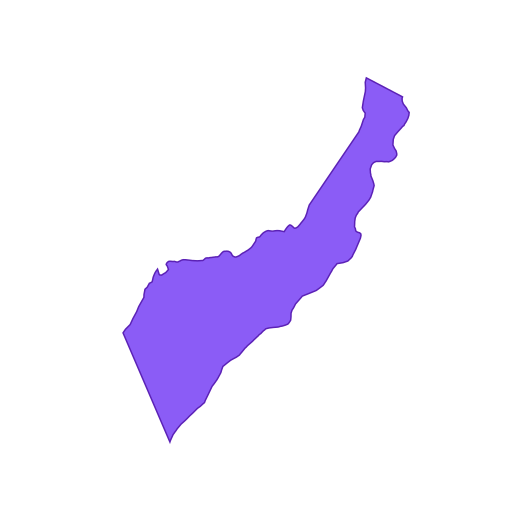 outline of Morne Lezard Estate, Choiseul, Saint Lucia, rotated 198°
{"feature_id": "8701671B19228970825308", "entity_name": "Morne Lezard Estate", "entity_type": "district", "adm_level": 2, "iso_a3": "LCA", "parent_name": "Saint Lucia", "parent_adm1": "Choiseul", "projection": "equal_earth", "projection_center": [-61.026, 13.777], "detail": "fine", "context": "isolated", "style": "filled", "palette": "violet", "viewbox_px": 512, "rotation_deg": 198, "n_neighbors": 0, "source": "geoboundaries", "source_scale": "gbopen_adm2", "svg_char_len": 5535}
<svg xmlns="http://www.w3.org/2000/svg" viewBox="0 0 512 512"><g transform="rotate(198 256 256)"><path d="M163.4,309.6L163.7,309.7L164.7,310.1L166.8,310.0L168.3,310.4L169.0,310.9L170.0,312.8L171.3,314.1L172.1,317.0L172.8,319.4L173.4,322.9L173.2,325.8L172.5,328.1L172.3,329.7L171.8,330.6L169.9,334.6L167.8,338.9L166.4,342.6L165.8,344.2L165.1,347.4L165.1,348.6L165.0,353.1L165.2,355.0L165.4,359.4L166.2,360.9L168.2,363.8L169.8,365.7L171.5,367.7L171.9,368.8L172.9,370.5L173.2,371.3L174.3,374.0L174.2,378.6L173.1,381.0L172.5,381.7L170.9,383.1L168.9,383.7L165.9,384.8L163.1,385.3L160.7,386.2L159.0,386.5L157.9,387.3L156.0,389.0L155.0,390.5L153.8,392.9L153.3,395.5L153.8,396.9L155.2,399.2L157.4,401.0L160.1,403.9L161.5,409.4L161.4,413.3L159.7,417.5L157.3,422.8L156.6,424.6L155.8,425.5L155.5,426.4L155.5,427.4L154.8,429.6L154.4,431.9L154.1,433.8L154.1,437.0L154.7,439.9L156.6,441.1L158.7,443.3L162.9,446.1L164.8,448.5L165.8,451.1L165.8,452.6L206.1,459.5L205.8,455.0L203.7,449.6L202.8,446.1L201.8,436.7L200.7,429.9L199.0,427.6L196.3,425.6L195.4,421.6L196.0,419.0L196.0,411.9L196.5,407.6L196.5,405.9L221.1,321.0L221.1,315.9L221.1,315.6L221.0,314.6L220.9,313.0L220.9,311.7L221.0,310.1L221.0,309.5L221.1,308.2L221.3,307.2L221.7,305.7L222.1,304.6L222.7,303.0L223.4,301.3L224.0,299.5L224.7,297.9L225.2,296.7L226.0,295.7L226.8,294.9L227.6,294.4L228.1,294.4L228.7,294.5L229.4,294.9L231.7,295.9L232.9,296.1L233.6,295.9L234.1,295.2L234.8,294.0L235.3,292.8L236.0,290.7L236.6,288.3L236.7,287.9L237.5,287.8L238.8,287.6L239.8,287.5L240.9,287.4L241.9,287.2L243.0,286.9L243.7,286.7L244.7,286.3L245.8,285.8L246.8,285.3L247.3,285.0L248.1,284.7L249.4,284.4L250.2,284.3L251.0,284.1L252.0,284.0L252.7,283.7L253.7,283.0L254.3,282.5L254.9,281.8L255.7,280.9L256.3,280.1L256.8,279.2L257.3,278.1L257.8,277.1L257.9,276.5L258.4,275.4L259.1,274.8L259.7,274.6L260.5,274.0L261.1,273.4L261.1,271.8L261.0,271.0L260.9,270.4L261.0,269.6L261.4,268.2L261.7,267.1L262.0,266.0L262.3,264.9L262.7,263.6L263.3,262.3L263.9,261.4L264.3,260.7L265.0,259.8L265.6,258.9L266.9,257.5L268.2,255.9L269.1,255.0L269.6,254.6L270.2,253.7L270.7,253.1L271.2,252.3L271.9,251.3L272.7,250.5L273.4,249.9L274.5,249.0L275.0,248.7L276.0,248.5L276.4,248.6L277.1,248.6L278.1,248.9L278.9,249.4L279.4,249.9L280.1,250.6L280.6,251.0L281.2,251.4L282.0,251.7L282.8,251.8L283.7,251.9L285.2,251.6L286.0,251.3L286.4,251.1L287.8,250.6L288.2,250.3L288.8,249.6L289.2,248.9L289.7,247.9L290.1,246.9L290.5,245.9L291.0,244.8L291.3,244.2L292.1,243.4L293.2,243.0L294.1,242.7L295.2,242.1L296.6,241.5L297.5,241.0L298.5,240.6L299.4,240.2L300.7,239.4L301.6,239.2L302.4,238.9L303.1,238.5L303.6,237.9L304.1,236.9L304.4,236.4L304.9,235.6L305.4,235.2L306.6,234.8L307.0,234.6L308.2,234.1L309.2,233.7L310.5,233.2L311.8,232.9L313.1,232.5L313.6,232.4L315.0,232.0L316.6,231.7L318.2,231.4L320.6,230.9L322.1,230.6L323.7,230.1L324.3,229.8L324.9,229.5L325.8,228.8L326.4,228.1L327.2,227.4L328.1,226.5L328.6,226.1L329.3,225.8L330.2,225.7L330.7,225.7L331.6,225.7L332.2,225.6L332.9,225.2L334.5,224.8L335.4,224.7L336.0,224.4L336.5,224.3L337.1,224.1L337.6,223.6L338.0,223.1L338.5,222.1L338.7,221.6L338.8,220.8L338.8,220.2L338.3,219.7L337.8,219.4L337.3,219.0L336.5,218.0L335.1,216.1L335.5,215.1L335.8,214.4L336.4,213.0L336.9,212.1L337.5,211.5L338.1,210.8L338.7,210.1L339.3,209.4L339.9,208.6L340.5,208.5L341.0,208.4L341.6,208.2L342.4,208.5L342.6,208.9L343.5,210.1L345.3,212.7L345.6,213.1L345.9,212.1L346.3,211.0L346.7,209.4L346.9,208.4L347.0,207.3L347.1,206.2L347.2,204.7L347.2,203.8L347.1,202.8L347.0,202.2L346.9,200.6L346.8,199.5L346.9,199.2L347.6,198.4L348.1,197.9L349.0,197.1L349.8,192.7L351.3,190.1L350.6,184.7L349.8,182.0L351.1,175.7L351.9,171.6L352.3,166.1L353.7,158.5L354.5,151.9L357.5,146.0L358.7,141.8L280.4,52.5L280.4,53.8L280.1,56.7L279.8,59.2L279.7,60.4L278.7,63.6L278.4,64.4L278.3,64.7L277.5,67.5L276.0,71.2L275.2,73.2L274.4,74.5L273.0,76.9L272.4,78.0L271.3,80.1L269.7,83.4L267.4,87.5L265.0,92.3L264.2,93.6L263.9,94.0L262.6,95.7L262.2,96.4L261.7,97.3L261.0,98.6L259.8,100.5L259.7,100.8L259.6,103.2L259.5,103.9L259.4,104.4L259.1,106.6L259.0,107.4L258.9,108.0L257.5,118.5L256.8,120.4L256.7,120.7L256.5,121.2L254.9,126.3L254.7,127.3L254.4,128.6L254.2,129.8L253.5,133.6L253.4,134.5L253.5,136.7L253.4,140.8L253.2,141.0L251.2,144.1L250.1,145.8L248.6,148.0L248.0,148.9L246.8,150.2L245.2,151.9L244.8,152.3L243.9,153.2L243.7,153.4L243.2,154.0L241.2,156.6L240.7,158.0L239.9,159.9L238.0,164.9L237.2,166.2L236.9,167.0L236.2,168.4L235.3,169.9L233.6,172.7L233.0,173.8L232.4,174.9L232.0,175.9L231.6,176.5L229.8,179.8L229.6,180.0L228.6,182.3L228.4,182.5L227.3,184.0L227.1,184.6L226.8,185.2L225.8,187.2L225.2,188.0L224.8,188.6L224.4,189.6L223.3,190.4L222.8,190.7L221.2,191.7L220.1,192.2L217.5,193.4L213.9,194.9L213.5,195.1L212.8,195.4L212.5,195.6L212.3,195.7L212.1,195.9L211.1,196.6L209.9,197.2L209.2,197.6L206.5,199.5L205.6,200.3L204.7,201.0L204.0,202.6L203.2,205.5L203.4,206.6L203.6,207.5L203.7,207.9L203.9,208.8L204.1,209.5L204.2,209.8L204.4,210.5L204.9,212.1L205.0,212.6L205.0,214.9L205.0,215.7L204.4,217.8L204.1,219.3L203.7,221.9L203.6,222.6L201.1,228.4L200.8,229.2L200.6,229.6L199.8,231.6L199.7,232.0L198.7,232.9L194.1,236.7L188.9,241.1L188.0,241.9L186.1,244.5L183.1,248.8L182.6,250.4L182.1,252.4L181.7,253.6L180.8,258.2L179.9,262.9L179.4,264.9L179.1,266.9L178.8,268.0L176.8,273.0L176.6,273.8L176.0,274.1L174.6,274.8L171.1,276.6L167.1,279.6L165.8,282.0L165.1,283.2L164.3,285.3L164.2,287.1L163.7,290.1L163.2,293.1L163.0,295.9L162.5,301.6L162.2,305.2L162.5,308.0L163.1,309.3L163.4,309.6Z" fill="#8b5cf6" stroke="#5b21b6" stroke-width="1.5"/></g></svg>